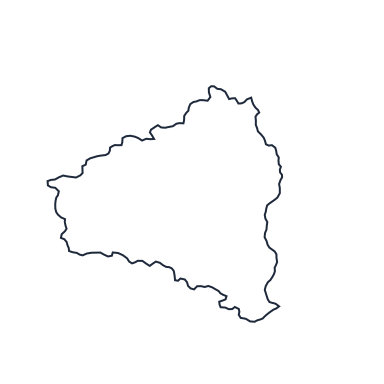 São Sebastião do Oeste, Minas Gerais, Brazil, rotated 299°
{"feature_id": "56859067B21325416614515", "entity_name": "São Sebastião do Oeste", "entity_type": "district", "adm_level": 2, "iso_a3": "BRA", "parent_name": "Brazil", "parent_adm1": "Minas Gerais", "projection": "robinson", "projection_center": [-45.047, -20.253], "detail": "fine", "context": "isolated", "style": "outline", "palette": "slate", "viewbox_px": 384, "rotation_deg": 299, "n_neighbors": 0, "source": "geoboundaries", "source_scale": "gbopen_adm2", "svg_char_len": 3071}
<svg xmlns="http://www.w3.org/2000/svg" viewBox="0 0 384 384"><g transform="rotate(299 192 192)"><path d="M131.5,60.4L127.9,62.8L127.8,66.3L129.4,70.4L128.0,75.2L124.0,76.3L121.4,76.0L118.3,76.9L115.2,78.2L111.1,80.6L108.5,83.1L107.2,85.8L106.3,89.9L106.7,94.1L104.0,95.3L101.3,97.7L99.0,100.1L96.1,99.9L91.9,98.5L88.3,99.6L88.8,103.2L87.5,106.6L85.0,109.0L83.3,111.3L80.8,113.1L81.4,116.6L82.9,120.9L82.8,124.2L83.6,127.1L87.2,129.8L90.2,133.6L92.4,137.4L94.6,141.2L94.6,145.5L94.9,149.8L97.4,152.8L100.7,152.0L102.8,156.9L103.2,162.2L102.5,167.5L100.7,170.7L100.5,174.2L102.9,176.3L105.5,177.9L107.7,182.0L107.1,187.1L106.9,190.9L109.9,192.2L113.6,194.1L114.5,198.2L113.9,202.2L114.0,205.8L115.2,208.4L115.4,211.3L114.2,214.2L112.0,216.1L109.2,218.2L106.6,219.9L107.6,222.8L110.7,223.8L112.0,228.1L110.6,231.5L108.0,234.0L107.0,237.4L107.8,241.0L112.1,242.2L114.0,245.5L115.1,249.2L117.7,251.8L118.4,255.8L118.3,259.9L118.3,263.3L117.2,265.9L117.2,269.1L117.6,272.7L114.3,273.4L111.8,271.3L109.3,269.0L107.0,270.6L105.1,272.9L107.1,277.2L107.3,280.9L109.1,283.9L112.2,285.2L112.4,289.6L110.2,291.5L107.3,292.4L105.5,295.6L107.2,300.5L107.0,305.6L108.9,309.7L111.3,311.2L113.5,313.4L115.7,315.2L118.1,315.8L121.0,316.8L123.7,317.9L126.4,319.2L128.8,320.4L130.9,322.1L134.2,323.6L134.8,319.3L134.0,316.1L133.3,313.2L134.8,310.4L136.8,308.2L139.1,305.8L141.7,303.1L145.5,302.1L149.9,302.1L152.9,303.2L156.5,303.5L160.0,303.5L162.9,302.9L165.9,301.0L168.5,300.9L172.0,300.4L175.4,297.8L178.5,296.0L180.1,293.1L180.9,286.6L182.6,283.6L185.2,281.1L187.7,277.4L191.4,275.8L195.4,275.3L198.9,273.7L202.3,272.4L204.3,269.1L207.3,266.7L210.4,266.1L213.2,265.1L216.7,264.2L219.6,265.3L222.0,266.5L225.1,268.0L228.5,269.4L233.5,269.4L238.0,266.9L241.2,264.3L245.6,263.6L248.5,263.7L250.7,262.3L251.8,259.6L254.1,258.0L257.2,257.5L258.3,254.5L261.6,252.3L264.2,251.2L266.1,247.8L268.9,245.6L271.1,243.4L271.7,239.2L269.8,236.6L269.6,233.5L272.2,231.0L274.2,228.5L275.7,224.8L277.0,220.2L279.4,218.0L281.6,215.3L285.5,213.2L288.7,211.0L291.7,211.3L294.0,212.3L295.7,210.0L296.5,206.7L298.3,203.2L300.4,200.7L303.2,198.0L299.6,195.1L296.0,194.2L293.5,192.3L291.9,189.7L293.6,186.8L294.9,184.2L293.2,181.5L291.3,179.4L293.5,176.0L295.8,172.4L295.9,167.4L294.5,164.2L295.1,160.1L293.8,157.5L290.9,156.4L287.3,158.5L284.0,162.0L279.4,161.4L277.8,157.4L276.1,154.2L273.4,152.0L271.4,149.6L268.1,147.9L264.3,148.3L261.3,149.4L258.4,148.6L254.8,148.3L251.1,150.2L247.9,151.2L246.0,147.4L244.1,145.2L240.3,143.4L237.4,139.9L235.2,137.4L233.5,133.7L233.9,129.8L231.3,128.3L228.9,127.1L226.6,125.9L223.7,126.3L222.1,129.6L220.0,133.1L217.8,129.6L216.4,126.2L212.8,123.4L213.1,118.9L212.7,115.2L211.3,110.8L208.9,107.4L205.4,105.1L201.8,106.9L198.8,107.6L197.0,104.5L195.6,101.7L193.4,100.1L191.1,98.8L188.4,100.1L185.3,100.3L182.4,98.5L179.8,94.8L177.3,91.7L174.9,89.4L172.2,86.7L168.5,84.5L164.4,85.8L161.4,83.6L158.2,85.5L155.6,87.1L152.5,86.3L148.5,83.6L146.8,79.4L145.3,75.6L143.9,71.3L140.1,68.3L136.6,66.2L134.2,62.8L131.5,60.4Z" fill="none" stroke="#1e293b" stroke-width="2"/></g></svg>